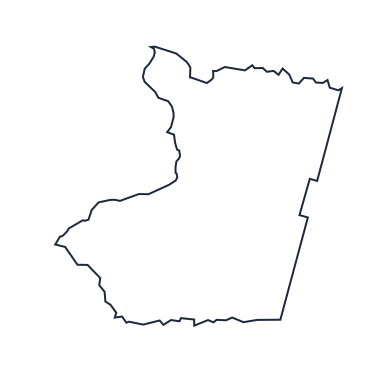 Erie, New York, United States of America, rotated 15°
{"feature_id": "52423323B92741938255653", "entity_name": "Erie", "entity_type": "district", "adm_level": 2, "iso_a3": "USA", "parent_name": "United States of America", "parent_adm1": "New York", "projection": "robinson", "projection_center": [-78.83, 42.768], "detail": "fine", "context": "isolated", "style": "outline", "palette": "slate", "viewbox_px": 384, "rotation_deg": 15, "n_neighbors": 0, "source": "geoboundaries", "source_scale": "gbopen_adm2", "svg_char_len": 1494}
<svg xmlns="http://www.w3.org/2000/svg" viewBox="0 0 384 384"><g transform="rotate(15 192 192)"><path d="M310.0,148.9L310.0,111.1L309.9,52.9L307.0,55.9L298.1,55.6L293.9,48.8L290.1,52.8L283.3,54.2L279.6,51.1L270.6,52.8L267.1,59.6L260.9,60.1L255.6,53.4L247.5,49.3L245.3,56.4L239.5,53.9L233.2,56.5L228.2,53.9L220.5,56.2L217.4,54.0L211.7,60.8L191.3,62.8L184.2,69.0L181.1,69.6L182.9,75.8L181.9,78.3L178.2,82.9L161.7,81.7L160.4,81.8L158.2,72.2L154.9,69.0L152.9,67.6L141.0,62.3L118.4,61.2L114.9,62.6L118.1,63.4L119.9,66.5L120.0,71.0L117.7,78.8L114.4,85.2L114.8,93.6L117.7,97.8L130.5,104.9L135.2,109.7L145.5,110.5L150.3,114.4L152.6,118.4L153.7,120.3L154.9,124.6L154.9,134.8L152.5,140.6L159.8,141.3L163.0,149.0L166.7,155.0L169.0,155.4L171.1,160.2L170.8,162.9L169.0,166.5L169.7,172.5L170.6,175.8L171.2,177.8L172.2,178.0L174.0,181.7L173.3,185.1L167.9,191.0L150.5,205.4L141.3,207.7L132.3,213.9L124.8,219.2L119.5,219.5L115.0,220.8L104.5,226.2L99.8,235.2L99.2,245.5L95.9,247.6L93.9,247.5L82.4,259.1L81.6,262.3L78.7,267.4L77.2,268.8L76.0,269.3L73.5,278.1L83.7,277.9L100.2,291.9L110.0,289.5L125.7,298.9L126.5,306.0L133.4,311.0L136.7,320.3L142.4,322.0L150.1,328.2L149.9,333.3L156.7,330.4L162.4,335.2L164.7,333.6L179.2,332.7L194.0,324.5L198.8,327.7L204.9,321.1L213.4,320.1L214.0,316.7L227.1,314.6L228.7,320.5L240.6,311.6L246.5,312.3L248.9,309.1L258.1,307.1L263.3,302.9L275.5,304.4L288.0,298.7L310.4,292.5L310.5,186.6L301.8,186.5L302.4,148.8L310.0,148.9Z" fill="none" stroke="#1e293b" stroke-width="2"/></g></svg>